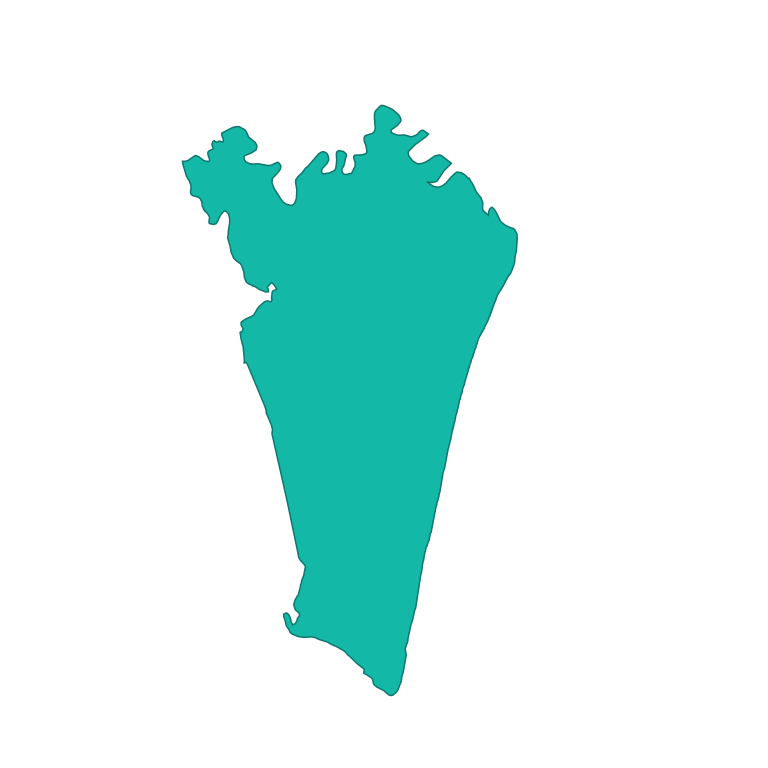 outline of Maquival, Zambezia, Mozambique, rotated 339°
{"feature_id": "85939544B65123265698186", "entity_name": "Maquival", "entity_type": "district", "adm_level": 2, "iso_a3": "MOZ", "parent_name": "Mozambique", "parent_adm1": "Zambezia", "projection": "robinson", "projection_center": [37.054, -17.825], "detail": "fine", "context": "isolated", "style": "filled", "palette": "teal", "viewbox_px": 768, "rotation_deg": 339, "n_neighbors": 0, "source": "geoboundaries", "source_scale": "gbopen_adm2", "svg_char_len": 6153}
<svg xmlns="http://www.w3.org/2000/svg" viewBox="0 0 768 768"><g transform="rotate(339 384 384)"><path d="M206.1,574.4L207.3,580.0L207.3,582.1L208.3,584.1L210.0,585.9L214.0,589.4L218.3,591.8L225.7,594.1L228.6,595.9L231.8,599.2L238.7,604.6L241.7,608.5L242.8,609.2L243.5,610.5L244.4,610.8L250.8,618.5L252.0,620.6L253.4,624.7L254.1,625.5L258.8,635.6L263.4,643.3L261.4,646.5L266.9,653.6L267.5,655.8L266.7,660.3L267.6,662.4L268.8,664.5L273.9,670.1L277.0,675.9L278.7,677.3L280.5,677.7L284.5,676.4L287.7,674.3L290.9,670.5L291.9,669.8L292.3,668.9L293.3,668.2L295.5,664.1L297.4,661.3L298.3,660.5L307.7,644.9L308.8,638.9L309.4,637.9L310.3,637.2L311.7,635.0L312.4,634.7L314.5,631.8L314.9,630.6L323.2,618.0L324.8,616.3L325.1,615.4L326.1,614.6L331.8,605.9L332.8,605.1L334.2,602.9L350.1,575.0L350.9,574.2L353.7,569.3L354.6,567.3L356.5,564.5L356.8,563.4L357.6,563.0L360.4,558.0L365.2,551.2L366.1,550.7L369.0,546.9L370.0,546.2L373.8,540.1L374.8,539.4L388.6,517.2L390.2,515.4L390.5,514.4L393.6,510.6L393.9,509.6L394.7,509.1L396.4,505.9L397.1,505.4L407.4,487.9L410.5,484.1L420.5,467.8L426.5,459.5L430.7,452.6L431.4,452.0L431.9,450.7L432.8,450.1L433.2,448.8L434.1,448.1L435.8,445.1L436.7,444.5L437.0,443.3L437.7,442.8L439.9,439.0L442.2,436.4L442.6,435.2L444.6,432.8L448.8,426.1L449.8,425.5L451.5,422.5L454.2,419.5L455.3,417.3L457.6,414.4L458.4,413.9L460.2,411.0L467.9,401.1L468.3,400.1L469.3,399.4L471.4,396.2L472.3,395.6L472.7,394.5L473.5,394.1L473.8,393.2L477.1,389.9L477.6,388.7L478.4,388.3L478.9,387.1L479.8,386.5L480.4,385.2L482.6,383.1L484.6,380.2L485.5,379.8L485.8,378.8L489.0,375.0L496.7,368.5L497.7,368.1L498.0,367.2L504.6,361.3L506.2,359.0L507.4,358.4L508.6,356.4L509.5,356.0L511.2,353.5L512.0,353.0L512.5,351.9L513.5,351.2L514.0,350.1L514.9,349.6L515.3,348.6L516.2,348.1L516.7,347.1L517.6,346.7L520.6,342.9L523.2,340.5L530.6,335.1L531.2,334.3L532.2,333.7L532.8,332.7L533.9,332.2L534.5,331.2L536.2,330.3L536.8,329.3L541.8,326.1L545.4,322.4L545.8,321.4L546.7,320.9L549.4,317.4L551.8,312.5L555.5,306.6L560.2,296.7L561.9,291.8L561.5,287.1L560.3,284.9L558.5,283.8L554.2,279.4L551.6,275.1L551.0,273.1L550.4,265.0L549.7,261.1L548.4,257.8L546.2,258.0L545.2,258.7L543.5,260.6L541.9,263.8L539.0,258.4L538.7,256.1L541.2,250.1L541.3,245.1L539.0,237.7L538.7,231.7L538.2,227.4L537.6,225.6L537.4,222.5L536.3,222.1L534.6,218.1L532.0,214.4L528.1,212.3L526.1,212.7L521.2,214.7L513.8,218.7L510.1,219.8L506.9,220.0L504.7,219.5L501.7,217.8L498.9,214.5L497.1,211.3L496.6,210.3L497.0,211.0L500.6,213.0L505.1,213.7L506.6,213.4L516.3,206.5L526.0,202.1L519.5,191.3L517.7,190.0L513.2,189.3L505.6,191.2L501.8,191.7L497.7,191.6L494.8,190.7L493.7,189.9L490.9,186.4L489.0,180.3L489.1,177.9L490.0,175.8L498.9,171.7L511.7,168.2L515.1,166.6L511.5,161.1L509.7,160.7L507.6,161.2L504.7,162.8L502.7,163.2L498.1,163.1L492.3,158.8L486.6,157.0L482.7,153.9L482.1,152.8L481.0,152.5L481.3,149.9L482.2,149.2L489.1,147.4L493.7,144.8L494.4,143.7L494.7,141.4L494.2,138.2L490.3,130.7L484.5,124.8L481.8,123.0L480.0,123.2L473.8,126.1L471.8,128.7L470.0,133.1L470.0,134.0L468.7,137.7L467.8,141.4L466.8,143.3L465.2,145.0L463.1,145.9L455.5,145.4L453.7,146.9L452.6,150.2L452.6,154.7L451.7,159.7L450.8,161.7L449.7,162.4L447.8,162.4L444.6,161.9L439.1,159.9L438.2,160.1L437.2,160.9L436.8,161.8L436.4,167.1L435.1,170.1L434.5,171.1L432.7,172.2L432.3,173.0L428.9,175.9L427.6,175.2L424.5,175.0L422.4,174.3L421.5,173.4L420.9,171.3L421.5,168.6L425.1,165.4L429.9,158.2L430.9,157.4L431.0,155.4L429.4,152.3L425.8,150.1L424.9,149.8L422.9,150.6L421.8,152.6L420.0,158.2L417.9,162.4L416.2,165.5L414.5,166.9L408.5,167.4L403.1,166.2L401.6,165.1L402.1,162.3L402.8,161.9L403.4,160.8L409.6,157.8L412.3,155.6L413.2,153.6L413.6,151.3L413.3,148.3L412.6,147.1L410.6,145.3L408.5,145.1L405.4,145.7L393.0,152.4L390.2,153.8L388.3,154.2L383.3,157.4L378.0,159.6L375.0,161.6L373.8,163.8L372.2,171.4L368.7,179.4L365.4,183.1L363.4,184.1L361.4,184.1L357.4,181.3L355.1,178.1L353.9,174.0L351.5,162.1L351.5,156.2L353.4,152.1L360.4,148.8L364.3,146.3L365.9,143.2L365.1,140.0L364.5,139.1L363.5,138.8L356.8,139.3L354.2,138.6L345.7,133.4L339.8,131.5L336.8,129.5L334.5,126.9L334.0,123.8L334.3,122.7L335.6,120.9L342.6,120.8L348.3,119.7L349.9,117.8L350.8,115.6L350.3,112.2L346.1,104.9L345.9,99.4L345.0,96.5L341.1,92.0L338.4,90.8L334.5,90.3L322.5,91.6L321.7,93.8L321.7,97.3L321.2,99.7L320.2,100.2L319.2,99.8L317.4,98.2L316.5,98.1L315.7,98.5L314.1,98.1L312.8,96.1L311.9,96.0L311.0,96.5L309.2,98.5L309.0,103.3L304.5,103.6L302.6,104.5L301.9,106.7L301.6,112.1L301.0,113.1L300.2,113.4L297.2,112.0L295.5,110.3L292.4,105.3L290.4,103.4L289.3,103.1L281.1,105.1L278.1,104.8L275.7,103.8L275.1,106.0L274.1,118.4L274.3,121.5L275.0,123.8L274.9,129.6L274.1,131.9L272.3,134.9L271.8,137.2L272.8,139.5L277.7,143.2L278.9,145.4L279.1,148.6L278.2,152.7L278.2,156.1L278.7,158.3L280.3,161.6L280.9,164.7L280.8,166.0L279.0,169.2L278.4,171.1L278.8,171.9L281.8,173.8L284.6,174.2L286.3,173.1L291.5,168.0L296.5,165.2L298.4,166.1L299.8,169.4L299.1,174.5L297.6,178.4L293.5,185.3L292.3,188.3L290.4,191.4L289.8,199.5L288.5,206.3L288.8,212.7L290.6,216.8L291.3,217.2L291.6,218.3L293.1,220.2L293.6,222.6L293.3,228.8L292.0,234.0L291.8,237.4L292.1,239.6L294.1,242.7L294.8,243.0L296.6,245.5L298.4,246.7L301.6,251.1L306.6,255.7L309.2,256.5L310.0,254.3L309.6,251.9L315.3,248.9L316.8,251.8L318.0,257.0L313.6,257.4L312.6,258.0L309.5,264.1L310.0,264.9L308.2,266.6L307.1,266.3L306.5,265.6L304.3,264.5L301.8,264.4L295.2,266.9L292.7,268.4L287.8,272.5L285.7,273.3L278.1,273.8L273.4,274.8L272.4,275.7L271.8,278.0L272.2,281.4L271.9,282.4L271.2,283.5L270.4,284.0L268.1,284.2L266.7,290.9L265.8,299.0L262.2,311.8L261.0,314.2L262.6,314.3L263.5,316.2L264.8,361.8L264.5,366.0L263.7,369.3L264.2,382.2L263.6,386.4L261.6,390.2L251.8,457.4L242.8,512.7L242.4,513.9L242.3,516.0L242.8,518.9L244.9,524.0L245.3,526.2L240.4,534.0L236.7,538.0L235.3,540.5L234.3,541.3L233.3,543.3L228.1,550.5L227.1,550.9L223.5,553.8L221.2,556.8L220.5,558.4L220.3,562.6L220.6,563.7L222.5,567.0L222.5,568.9L222.0,570.0L219.1,571.9L217.9,573.8L215.2,576.0L212.5,576.0L212.1,573.3L212.7,568.4L212.4,565.3L211.4,563.2L210.5,562.7L208.5,562.7L207.7,563.2L207.1,565.4L206.8,570.4L206.1,574.4Z" fill="#14b8a6" stroke="#0f766e" stroke-width="1.5"/></g></svg>